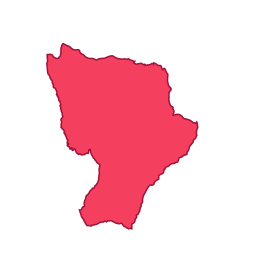 outline of Paz De Río, Boyacá, Colombia, rotated 345°
{"feature_id": "7082276B10900430130409", "entity_name": "Paz De Río", "entity_type": "district", "adm_level": 2, "iso_a3": "COL", "parent_name": "Colombia", "parent_adm1": "Boyacá", "projection": "natural_earth1", "projection_center": [-72.768, 6.027], "detail": "fine", "context": "isolated", "style": "filled", "palette": "rose", "viewbox_px": 256, "rotation_deg": 345, "n_neighbors": 0, "source": "geoboundaries", "source_scale": "gbopen_adm2", "svg_char_len": 5697}
<svg xmlns="http://www.w3.org/2000/svg" viewBox="0 0 256 256"><g transform="rotate(345 128 128)"><path d="M196.0,140.0L195.4,140.6L194.7,140.8L193.9,140.6L193.5,140.1L192.7,140.0L190.3,137.0L189.4,136.2L186.2,134.2L184.7,133.6L184.3,132.9L183.5,131.9L183.3,130.7L181.7,128.8L180.9,128.3L180.6,128.0L178.5,127.4L175.3,127.4L174.9,127.3L176.4,124.6L176.8,123.5L176.8,122.7L176.5,121.4L176.2,120.7L176.2,120.4L176.7,120.0L176.9,119.7L175.4,118.1L174.8,116.9L174.5,113.6L174.7,112.6L174.8,111.3L175.1,110.1L175.6,109.0L175.6,108.4L176.7,104.8L177.2,103.8L179.2,102.6L179.8,101.1L179.2,100.3L179.5,99.9L178.7,98.9L178.2,97.6L178.2,94.3L178.4,93.7L178.2,93.2L178.7,91.5L180.4,86.4L180.0,85.8L179.5,83.9L179.3,82.7L179.2,81.3L178.8,80.2L178.6,79.9L178.1,79.8L177.3,80.2L176.8,80.7L176.5,80.5L176.2,79.8L176.1,77.0L175.6,76.1L174.1,75.6L172.9,75.0L171.5,73.1L170.4,72.4L169.9,71.8L169.6,71.8L168.9,72.9L168.8,72.4L167.9,71.8L166.3,72.4L164.0,72.4L163.4,72.1L162.3,72.2L161.3,71.8L160.9,71.0L160.4,71.7L159.5,70.7L158.3,69.9L157.9,69.1L157.4,68.9L153.6,68.5L152.4,68.6L150.3,66.6L151.8,65.3L150.5,64.8L148.9,63.4L147.7,62.8L146.4,61.2L146.1,61.2L145.1,61.4L144.4,61.3L143.0,60.4L141.7,60.3L139.4,59.7L137.5,58.9L135.5,57.9L133.5,56.2L132.5,54.9L131.4,54.2L130.0,53.9L127.4,54.0L126.1,54.1L123.8,54.6L118.2,53.6L117.1,53.7L116.0,54.2L115.4,54.2L114.2,53.5L112.8,52.3L111.6,51.6L108.1,50.6L106.5,49.4L105.4,48.3L104.3,46.3L103.5,45.3L102.8,44.9L102.5,44.3L101.6,43.5L101.2,42.1L101.2,40.7L100.6,39.7L99.6,39.3L97.7,39.1L96.3,38.6L95.8,38.3L94.9,37.5L94.0,36.4L92.4,33.9L90.8,33.0L87.1,29.6L86.0,30.7L85.6,30.8L83.8,33.9L82.6,38.1L81.3,40.8L80.3,41.5L79.6,41.8L78.8,42.7L77.9,42.6L77.2,42.2L76.5,42.0L76.1,41.8L74.5,40.1L73.6,37.6L72.9,37.1L71.8,36.6L69.9,36.4L69.1,36.1L68.9,36.2L68.4,38.1L67.8,41.8L67.2,43.5L66.6,44.1L66.3,44.7L64.7,53.9L64.8,55.2L65.6,56.7L65.7,57.9L65.9,58.4L65.7,59.7L65.7,60.1L66.1,60.4L66.3,61.6L66.9,62.5L66.8,63.7L66.5,64.6L66.6,64.8L67.0,65.3L66.8,65.6L66.8,66.5L66.9,67.5L66.8,68.1L66.6,68.5L66.5,69.5L66.8,69.9L68.0,70.8L68.2,71.3L68.3,72.2L68.5,72.9L68.4,73.6L68.6,74.8L68.5,75.6L68.3,76.1L67.6,76.9L67.7,77.2L68.2,77.5L68.1,77.8L67.9,78.2L68.2,78.6L68.0,79.0L68.5,79.7L68.4,80.6L68.8,81.0L68.5,81.8L68.7,82.4L68.3,83.3L68.7,84.4L69.1,84.8L69.1,85.7L69.3,86.4L68.9,87.3L69.1,88.2L68.4,88.6L68.2,88.9L68.4,89.1L68.1,89.7L68.5,90.2L68.3,91.1L67.8,92.1L68.2,93.4L68.0,94.2L67.9,95.0L68.3,96.2L68.3,96.8L67.9,98.0L67.9,98.5L68.1,98.9L67.9,99.6L68.0,100.1L67.9,100.4L67.5,100.8L66.2,101.5L65.5,102.3L65.3,103.0L65.5,104.6L65.4,105.1L65.0,105.8L64.9,106.4L64.2,107.4L64.1,109.3L63.5,109.8L63.5,110.2L64.0,110.8L64.3,111.8L65.3,113.3L65.6,114.2L65.5,115.1L65.2,115.5L65.0,116.1L65.0,116.6L65.4,117.3L66.0,117.3L66.0,117.7L65.7,118.2L65.6,119.1L66.1,120.1L66.0,122.3L66.4,123.4L66.9,124.0L66.8,124.4L66.0,125.0L65.3,127.3L65.3,127.5L65.6,127.7L66.1,127.3L66.4,127.3L66.5,127.7L66.4,128.3L65.9,128.7L65.1,128.8L64.9,128.9L64.8,129.4L65.0,129.8L65.8,130.5L66.1,130.9L66.5,131.9L66.4,133.0L66.6,133.3L67.0,133.4L68.2,132.6L68.6,132.6L68.7,133.1L68.3,133.9L68.2,134.5L68.3,134.8L68.7,135.3L69.2,135.4L69.4,135.3L70.3,134.4L70.9,134.2L71.4,134.7L71.6,138.1L71.9,138.8L72.8,139.6L73.0,140.3L73.3,140.7L73.7,140.8L74.0,140.4L74.3,140.3L74.9,140.7L75.8,141.7L76.7,142.2L78.3,142.1L78.8,142.4L80.7,141.8L82.6,141.7L83.0,142.2L83.4,141.8L84.6,138.9L84.8,138.8L86.1,139.1L85.8,140.1L85.7,140.7L85.8,143.9L86.3,145.7L86.8,147.9L87.1,148.5L87.6,149.2L87.7,150.0L88.5,151.5L89.2,153.7L91.2,156.0L91.0,156.9L89.4,160.3L88.5,164.8L87.6,166.4L87.4,167.4L86.8,168.4L86.4,169.7L85.4,171.8L84.9,172.5L84.2,173.2L82.6,174.6L81.8,175.1L81.0,175.3L80.1,176.8L79.7,177.1L79.3,177.2L78.3,177.0L77.9,177.0L77.2,177.9L75.7,178.6L74.8,179.2L73.7,180.5L71.9,181.9L70.4,182.5L70.1,182.8L69.7,183.2L69.3,184.4L68.7,185.4L67.5,186.8L66.4,188.7L66.2,189.5L65.6,192.3L65.1,192.6L64.2,192.5L63.6,192.8L63.2,193.0L62.2,194.3L61.4,194.9L60.7,195.0L59.9,194.6L60.0,198.2L60.2,199.7L60.2,201.4L60.4,202.3L61.3,204.6L61.5,206.0L62.3,209.3L62.7,210.5L63.2,211.7L64.8,212.0L65.8,212.6L67.3,213.2L67.7,213.0L68.1,212.5L68.5,212.4L69.7,212.8L72.8,212.9L77.0,211.9L78.9,212.1L80.1,212.5L81.0,212.1L81.7,212.1L83.0,213.1L84.5,212.5L87.5,213.2L88.5,213.7L90.0,215.3L91.7,216.7L92.3,217.1L93.0,217.1L93.9,218.1L94.6,218.2L97.0,218.3L97.4,218.5L97.6,219.7L98.1,220.6L98.4,220.8L98.4,221.3L98.8,222.2L99.9,222.7L100.7,224.0L101.7,224.7L102.4,225.5L102.9,225.7L103.7,225.5L104.6,225.6L105.5,226.4L106.2,224.2L106.5,222.8L106.8,222.0L107.2,221.7L109.2,221.1L110.0,220.5L110.3,220.2L111.5,217.8L112.8,216.9L113.3,216.1L113.5,215.8L113.4,214.7L113.6,214.5L113.8,214.3L114.9,214.2L115.3,214.0L115.9,213.2L117.8,211.3L118.4,209.8L118.9,208.9L120.2,207.2L120.7,206.2L121.0,204.9L122.5,203.7L123.1,202.9L123.5,200.9L124.9,198.0L125.6,197.4L126.0,196.6L127.4,195.3L128.3,194.2L131.0,191.4L133.2,189.5L134.2,188.9L134.6,188.9L135.6,189.1L136.3,189.5L137.9,189.3L138.2,189.2L139.1,187.8L140.2,186.8L142.3,185.8L144.3,185.5L144.9,184.1L145.2,182.2L145.5,181.8L147.6,181.2L149.4,181.0L150.5,180.5L151.1,179.7L151.9,177.6L152.2,177.4L152.6,177.6L152.9,177.5L154.1,175.9L154.6,175.6L157.2,175.4L158.0,175.0L159.2,174.2L161.4,173.8L163.6,174.2L165.2,173.8L167.0,173.7L168.3,172.5L169.2,170.7L170.0,170.0L172.2,170.0L173.6,169.5L174.5,168.8L174.8,168.8L175.6,168.8L177.0,169.0L178.3,168.4L178.5,167.7L178.6,166.8L179.8,166.0L181.2,164.5L181.9,163.4L182.1,162.6L182.5,161.9L186.9,158.8L187.3,158.4L187.6,157.6L188.5,156.4L188.8,156.2L190.4,155.6L191.8,153.8L192.6,153.0L192.7,152.7L192.5,151.8L193.4,148.5L194.0,147.5L195.5,145.6L195.6,145.3L195.6,144.2L196.1,140.9L196.1,140.4L196.0,140.0Z" fill="#f43f5e" stroke="#9f1239" stroke-width="1.5"/></g></svg>